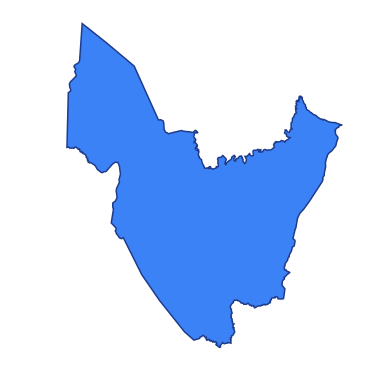 outline of Nsama, Northern, Zambia, rotated 279°
{"feature_id": "96606910B46360514720663", "entity_name": "Nsama", "entity_type": "district", "adm_level": 2, "iso_a3": "ZMB", "parent_name": "Zambia", "parent_adm1": "Northern", "projection": "orthographic", "projection_center": [30.06, -8.814], "detail": "fine", "context": "isolated", "style": "filled", "palette": "blue", "viewbox_px": 384, "rotation_deg": 279, "n_neighbors": 0, "source": "geoboundaries", "source_scale": "gbopen_adm2", "svg_char_len": 5999}
<svg xmlns="http://www.w3.org/2000/svg" viewBox="0 0 384 384"><g transform="rotate(279 192 192)"><path d="M101.1,299.1L110.9,298.9L114.0,295.4L118.0,295.3L119.2,295.7L120.6,296.9L122.1,296.2L122.2,296.8L125.2,298.7L127.7,301.1L128.1,300.7L128.5,298.3L129.9,296.9L129.7,295.5L132.5,294.9L133.9,295.4L135.1,295.2L137.4,295.9L139.3,297.0L141.5,297.1L143.3,298.1L144.8,297.9L149.5,299.5L153.3,299.7L154.4,301.1L155.1,301.4L159.6,301.5L160.6,301.0L161.3,299.6L162.2,299.0L171.1,299.7L172.8,300.2L182.5,300.3L187.7,301.8L192.3,304.9L201.4,309.5L222.7,319.0L224.9,319.4L226.7,318.9L229.1,320.0L232.1,319.7L237.3,320.1L241.9,319.2L247.0,319.6L248.1,320.1L248.9,319.8L251.8,321.0L254.5,323.6L260.1,326.8L264.5,327.1L267.7,327.8L269.1,327.3L271.2,325.1L273.3,324.2L274.6,324.2L275.4,323.5L278.3,325.5L278.9,326.7L280.6,327.2L281.7,330.0L281.7,328.5L283.0,322.3L282.6,320.4L282.6,316.4L284.3,310.9L283.6,310.4L284.4,308.7L284.1,307.5L286.3,303.2L287.0,302.5L287.7,299.3L289.0,297.5L289.5,295.8L290.0,295.5L290.8,294.0L291.4,292.3L292.8,291.6L293.4,291.7L294.3,290.6L295.7,290.4L297.9,288.0L298.6,288.0L300.7,286.4L302.6,286.1L303.0,285.3L302.5,285.0L303.1,284.2L303.5,284.3L303.5,283.6L302.8,283.6L302.8,283.0L301.5,283.0L301.3,283.7L300.5,283.6L300.3,283.2L299.6,283.5L299.2,283.0L298.7,283.1L299.2,282.6L298.7,282.4L299.0,282.1L298.8,281.4L298.2,281.0L297.8,281.4L297.6,280.9L297.1,281.3L295.8,281.0L295.2,281.6L295.1,281.2L294.1,281.6L293.3,281.3L293.0,280.9L292.7,281.4L291.1,281.2L290.9,282.1L290.5,281.5L289.6,281.4L289.1,282.0L288.0,281.9L286.3,282.8L286.1,282.2L285.1,281.3L281.7,280.6L280.5,279.7L277.0,280.0L275.8,279.1L271.6,279.8L270.6,279.6L270.4,280.7L269.9,281.0L268.4,279.1L267.4,279.2L266.1,278.5L266.2,277.3L268.1,275.2L267.7,274.3L267.3,274.7L264.9,274.1L264.1,275.1L263.8,276.3L262.1,276.6L261.3,277.9L261.1,280.4L259.0,278.6L257.3,276.5L255.7,276.0L255.7,275.5L256.6,274.8L256.9,272.4L256.6,271.9L255.9,271.8L255.1,270.1L254.8,266.7L254.2,266.4L253.6,266.7L253.0,265.6L251.3,265.2L249.8,266.2L249.0,266.2L246.3,263.8L245.7,262.6L245.6,261.0L244.8,259.7L245.3,258.7L245.3,256.8L244.6,256.1L242.7,255.4L242.0,252.9L242.2,251.7L242.9,251.5L243.1,252.8L244.0,253.6L244.6,253.3L244.2,252.4L244.4,250.2L243.8,249.8L243.3,248.8L242.9,246.5L241.9,245.8L238.0,246.8L237.3,246.4L236.9,245.8L237.2,243.7L238.7,243.2L239.0,242.8L235.8,240.8L235.5,238.7L232.8,240.7L229.9,240.6L228.4,239.6L230.4,237.5L232.4,237.3L233.0,236.5L233.9,236.3L233.8,235.8L235.3,235.2L234.6,233.3L232.5,232.1L231.4,230.1L229.4,230.2L229.3,229.1L230.4,228.3L231.8,228.2L233.7,229.3L234.8,227.9L232.8,225.9L230.9,225.8L229.8,225.1L228.2,223.2L226.8,222.2L226.3,221.1L224.9,221.5L224.3,221.0L224.7,220.4L226.9,220.0L229.1,220.8L230.0,220.5L232.8,216.9L232.8,216.5L231.0,215.5L230.0,212.6L228.4,212.1L226.5,213.0L224.8,212.9L222.9,213.9L221.0,213.8L220.9,212.1L219.7,212.3L217.9,209.2L218.3,207.9L218.0,205.6L219.0,206.7L219.9,206.2L219.9,205.7L219.7,205.1L218.5,204.7L217.4,200.8L219.7,199.5L222.1,197.6L225.5,196.2L227.0,193.7L227.9,193.7L229.1,192.7L230.5,192.3L232.8,192.6L233.4,191.8L234.1,192.0L234.0,190.7L234.8,191.6L235.9,189.9L235.5,189.2L236.5,189.6L236.3,188.6L237.5,189.3L237.2,189.7L238.2,190.1L238.8,190.0L239.1,189.4L239.5,189.6L241.4,187.6L241.7,187.1L241.2,186.3L242.7,186.4L243.0,187.4L244.4,187.5L245.1,187.0L245.3,186.2L246.8,185.1L250.6,185.3L251.1,186.4L251.1,187.8L251.6,188.3L253.3,186.5L253.3,185.5L251.3,183.9L250.8,183.0L251.1,180.8L250.7,174.1L251.1,171.9L245.9,159.6L246.7,158.0L246.8,156.7L249.4,154.7L255.6,153.3L257.7,152.4L258.5,149.9L257.9,147.6L307.3,115.2L325.9,84.3L341.2,57.2L304.6,60.4L302.9,60.2L301.2,59.1L299.6,56.8L297.9,55.8L296.9,56.1L295.0,58.0L292.5,57.4L289.9,59.2L288.3,59.4L281.6,54.6L279.6,54.0L276.8,54.7L273.5,56.4L272.4,56.0L270.8,54.3L216.5,61.5L217.1,63.2L216.3,64.2L216.8,68.6L218.0,69.2L218.0,70.9L216.4,73.0L216.9,74.2L216.5,74.6L215.7,74.4L214.4,75.3L214.7,76.7L213.8,76.6L213.8,78.2L213.1,78.2L212.2,81.0L210.6,82.0L209.6,82.1L208.9,83.8L207.7,83.5L206.7,83.9L206.9,84.6L205.2,84.9L205.3,85.6L204.7,86.2L205.2,87.3L203.1,92.1L199.4,95.1L197.1,99.4L197.2,100.7L198.2,101.7L198.8,103.9L206.8,108.9L209.3,111.3L209.6,114.1L206.4,116.2L198.5,118.5L192.6,118.0L190.3,118.8L184.0,117.0L181.2,116.9L175.0,118.9L171.1,117.8L168.7,115.4L164.0,116.3L163.1,117.1L148.8,117.1L144.8,122.3L143.4,123.0L141.5,122.3L140.1,123.5L139.1,123.7L137.0,126.2L135.9,126.9L135.2,128.0L134.9,129.9L136.1,131.4L134.0,132.8L134.1,133.2L133.9,132.9L102.5,155.3L79.9,176.8L52.8,206.4L46.0,217.1L48.6,222.4L50.0,222.7L50.8,224.2L52.2,225.4L51.6,226.6L50.8,227.2L50.8,228.7L49.6,228.6L48.4,229.4L49.0,229.6L48.2,230.4L49.0,231.3L49.0,232.1L48.3,232.1L47.8,233.0L47.7,233.9L48.4,234.1L47.2,235.8L47.9,235.9L48.0,236.4L47.7,236.7L47.8,237.2L47.2,237.5L47.8,239.0L46.7,240.1L46.6,239.6L45.1,240.0L44.9,239.7L44.3,240.4L44.6,241.4L43.8,241.7L42.8,243.3L43.1,244.0L44.0,243.9L44.0,244.3L44.8,244.0L48.1,245.8L47.4,246.6L47.2,247.7L48.3,250.0L48.3,250.8L49.0,251.1L48.8,254.1L50.6,253.8L50.8,253.5L51.9,253.8L52.3,253.1L53.3,253.3L53.8,252.9L54.1,253.7L56.1,253.5L56.6,254.6L60.3,256.1L62.4,255.3L62.9,254.7L64.4,254.8L64.3,253.5L66.0,253.7L66.9,253.3L68.2,254.1L68.2,253.0L68.5,252.6L70.0,252.4L70.3,251.6L70.0,251.2L71.2,251.9L72.0,251.5L72.7,251.6L73.9,250.1L74.4,250.4L75.7,250.3L76.0,249.9L77.0,249.7L78.5,250.5L78.6,250.1L79.6,250.2L81.2,249.2L82.4,249.3L82.8,248.6L84.8,247.6L88.1,248.9L89.2,250.1L90.0,249.8L91.9,251.0L91.7,251.5L92.4,253.6L91.8,254.1L91.8,255.1L91.3,256.5L90.0,258.0L90.2,260.0L89.2,260.7L89.6,263.0L90.1,264.0L90.8,264.5L90.8,265.2L89.4,266.5L89.1,267.9L89.4,268.0L88.7,268.6L89.4,270.8L88.5,270.9L87.4,272.1L89.5,274.8L90.2,276.3L90.0,277.2L91.1,278.6L91.2,279.5L92.2,280.3L92.3,281.3L91.8,282.0L92.5,282.8L92.9,284.4L93.7,284.7L95.0,286.7L95.9,286.6L96.1,286.1L96.9,286.3L97.8,286.7L97.9,287.2L98.6,286.9L99.9,287.6L100.3,290.2L100.8,290.7L101.5,290.5L101.9,291.2L101.6,292.7L100.0,293.7L100.4,297.8L101.1,299.1Z" fill="#3b82f6" stroke="#1e3a8a" stroke-width="1.5"/></g></svg>